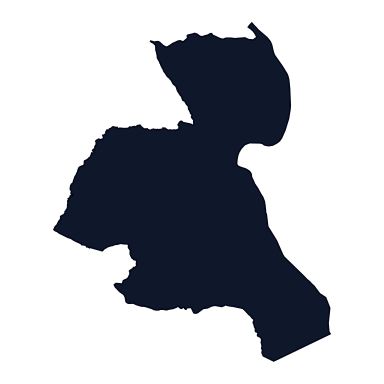 the district of Bujoreni, Vâlcea, Romania
{"feature_id": "2599482B76085305979225", "entity_name": "Bujoreni", "entity_type": "district", "adm_level": 2, "iso_a3": "ROU", "parent_name": "Romania", "parent_adm1": "Vâlcea", "projection": "equal_earth", "projection_center": [24.339, 45.168], "detail": "fine", "context": "isolated", "style": "filled", "palette": "ink", "viewbox_px": 384, "rotation_deg": 0, "n_neighbors": 0, "source": "geoboundaries", "source_scale": "gbopen_adm2", "svg_char_len": 5933}
<svg xmlns="http://www.w3.org/2000/svg" viewBox="0 0 384 384"><path d="M330.1,333.8L328.8,331.6L328.1,323.0L329.7,308.1L325.6,297.6L319.6,293.7L314.4,286.7L313.5,285.6L312.3,284.7L309.1,281.3L307.0,279.7L303.7,276.2L284.0,257.0L282.5,254.5L276.5,240.8L269.5,229.4L268.0,227.1L267.7,226.3L266.3,214.2L265.7,213.1L264.9,205.0L264.3,201.4L262.7,197.2L260.6,193.9L257.3,187.9L254.5,183.8L253.0,180.2L251.5,177.2L251.3,175.1L251.0,173.7L250.2,172.3L248.9,171.0L247.3,169.9L245.4,168.9L241.1,167.5L238.3,166.4L237.1,165.1L236.6,163.3L237.0,159.0L237.6,156.1L237.9,154.8L238.9,152.2L241.1,148.5L244.2,145.1L245.7,144.2L249.6,142.7L260.0,142.9L262.2,143.3L264.3,144.8L265.6,145.2L268.7,145.7L272.6,145.1L276.2,143.3L279.4,141.0L281.6,137.8L284.9,130.3L288.5,118.7L290.0,109.4L290.3,105.8L289.6,88.9L288.7,79.7L287.8,76.1L286.9,73.9L282.1,66.1L275.4,56.6L274.1,54.6L273.0,51.1L271.6,44.9L270.2,41.6L267.1,37.7L257.7,29.6L256.3,27.8L254.6,26.2L251.8,23.0L249.6,25.3L248.3,27.1L250.8,28.8L253.5,31.3L255.1,33.6L257.0,37.2L253.3,39.9L252.8,40.0L248.2,39.5L245.0,37.9L234.8,38.7L230.9,38.2L226.6,38.2L225.6,38.3L223.5,39.2L222.0,39.2L219.2,38.3L214.2,35.9L213.1,35.6L212.7,35.3L211.9,34.0L211.4,33.6L210.6,33.6L207.6,35.2L204.8,35.9L202.7,36.7L200.0,36.4L197.1,34.2L194.6,33.4L192.9,34.0L188.0,35.1L187.5,35.5L187.3,35.9L187.6,37.5L187.3,38.5L183.1,42.0L180.3,40.8L178.3,41.0L172.4,43.7L171.0,44.8L167.0,47.2L165.3,46.8L163.0,45.5L159.7,42.4L158.7,41.9L157.5,41.6L154.4,42.1L150.1,40.9L151.3,42.0L153.5,43.1L155.5,45.2L155.8,45.7L156.0,50.6L156.6,51.7L156.7,52.8L157.2,54.7L157.5,58.1L158.6,59.5L158.4,59.7L159.6,61.5L160.1,63.2L160.4,63.3L161.2,65.7L162.3,67.5L162.2,67.9L163.0,68.7L163.2,69.5L164.0,71.4L165.3,73.1L166.7,75.4L168.4,77.4L169.5,77.9L170.4,79.4L171.2,80.0L173.2,83.8L176.1,86.4L177.6,90.9L180.3,95.1L181.6,96.5L182.7,100.0L183.4,100.6L184.7,100.9L186.5,104.2L188.4,106.2L188.7,109.3L189.6,110.3L189.7,111.1L190.2,111.6L190.5,113.0L191.2,114.0L191.9,114.1L192.1,114.8L191.6,116.5L191.7,117.5L193.7,120.0L193.8,120.6L193.7,122.4L193.9,123.4L193.7,124.6L193.0,125.5L191.2,124.4L190.0,124.0L182.6,122.5L182.2,121.7L181.7,121.3L180.6,121.4L179.7,122.1L178.1,124.7L178.3,125.3L179.0,126.1L179.1,126.5L179.0,128.4L178.6,129.0L177.9,129.5L176.2,130.1L173.8,130.0L172.1,130.3L169.7,129.9L168.4,130.4L165.5,128.7L165.3,128.3L163.0,128.0L162.9,128.9L161.7,129.3L158.7,129.7L158.0,129.7L157.5,129.4L156.8,129.7L153.9,129.4L153.6,129.2L152.0,129.5L151.1,130.1L149.5,130.2L148.1,129.7L147.4,128.9L146.8,129.1L145.9,128.8L145.2,129.3L144.2,128.9L143.3,128.9L143.0,128.2L140.8,126.4L140.4,125.5L139.9,125.1L139.0,125.7L138.4,125.4L137.8,125.5L135.1,127.2L134.4,126.5L131.3,127.2L130.5,127.3L129.8,127.0L129.1,127.5L128.8,128.1L128.1,128.4L124.4,128.6L119.7,128.2L119.0,128.5L117.6,128.7L117.2,127.4L116.0,127.5L113.0,126.8L112.2,127.3L110.7,128.7L109.8,128.7L109.4,129.0L108.7,130.2L108.3,130.7L107.5,131.0L107.2,130.7L107.1,130.0L106.9,130.1L105.8,132.1L105.9,132.6L106.2,133.2L106.1,133.7L103.7,135.2L102.8,135.3L103.5,137.1L103.3,138.6L102.6,139.2L101.4,139.4L101.3,139.7L100.9,139.8L98.6,139.1L97.3,140.0L96.5,140.2L95.8,141.2L95.8,141.5L96.3,141.9L96.2,143.2L96.4,144.2L94.9,146.5L95.0,148.8L94.3,148.9L93.3,149.5L92.6,150.5L92.8,150.9L94.4,152.0L94.3,152.4L93.3,153.4L92.9,153.6L92.5,153.3L92.1,152.8L91.7,152.9L91.1,155.3L90.5,156.3L90.4,157.1L89.0,157.9L87.8,159.2L86.3,160.2L84.6,160.9L84.4,161.7L84.4,164.3L83.8,165.2L82.8,165.8L80.2,166.7L78.9,167.9L77.9,170.4L77.9,171.1L77.6,171.9L76.7,173.6L76.0,175.5L75.2,176.4L74.6,177.9L72.9,183.2L72.5,183.8L71.6,184.0L71.2,185.0L70.8,185.4L70.6,186.1L70.3,189.1L70.4,189.7L71.0,189.8L71.2,190.2L71.4,191.2L71.3,192.1L71.0,193.1L71.3,194.0L72.5,194.7L72.5,195.5L72.2,195.9L71.0,195.6L70.4,195.9L70.4,196.4L70.0,196.8L69.8,197.7L68.2,198.8L68.6,199.7L68.4,200.3L67.7,201.0L68.0,202.8L67.5,205.9L67.8,206.4L67.1,208.9L66.2,210.0L65.8,210.8L65.0,211.7L65.1,213.0L63.9,214.7L62.9,215.1L60.8,216.3L60.6,216.8L60.7,219.1L58.8,221.3L57.0,225.0L55.3,226.6L53.9,229.6L55.2,230.7L57.2,231.5L59.3,233.1L67.8,237.3L71.2,238.4L73.6,240.1L76.8,241.7L80.7,243.4L81.9,244.8L83.8,244.8L84.4,245.1L85.7,244.9L86.3,245.5L86.4,246.5L86.7,246.8L88.1,247.0L89.6,247.8L89.8,247.5L89.9,246.8L90.4,246.8L91.1,247.7L102.3,250.8L104.2,248.8L107.5,246.8L110.7,245.7L112.5,245.5L114.9,244.4L116.4,244.4L120.9,243.3L123.8,243.8L127.4,243.9L128.6,244.7L128.5,247.6L130.5,250.6L130.2,252.3L130.3,254.5L131.5,257.1L132.3,258.3L133.4,258.3L133.6,259.5L136.4,260.1L136.7,262.3L136.4,263.8L136.8,265.9L134.7,267.6L133.5,267.5L133.4,268.2L133.1,268.5L130.9,269.9L129.5,271.0L130.2,273.5L129.3,275.7L128.2,277.8L127.6,278.5L126.4,279.3L124.4,280.1L123.3,280.8L122.6,283.5L122.3,283.8L121.9,284.0L116.3,283.5L115.4,283.8L114.3,284.9L115.4,287.0L119.7,291.5L123.9,294.5L125.1,296.8L125.4,297.7L126.0,301.4L126.4,302.1L127.4,302.9L129.0,303.3L133.3,303.1L136.3,304.5L138.7,305.3L141.7,306.1L143.9,306.1L146.0,306.6L151.5,308.3L154.0,309.5L156.4,310.0L157.3,309.8L158.6,310.0L160.2,309.2L161.4,309.3L162.7,309.2L166.9,309.8L167.4,309.5L168.5,309.2L172.8,308.5L176.3,307.2L178.2,305.9L179.4,307.3L180.8,308.3L181.6,308.3L183.2,307.3L184.0,307.3L184.4,307.6L184.7,308.4L185.5,309.2L186.2,309.1L187.0,307.7L187.7,307.5L189.6,307.6L191.3,307.4L193.4,312.0L194.1,313.0L195.7,313.1L196.7,313.0L197.6,312.6L203.1,308.5L207.8,307.8L211.6,305.9L215.0,305.3L221.7,306.5L224.2,305.6L225.4,304.5L226.4,305.1L227.4,305.4L231.1,306.1L231.2,305.9L242.8,308.3L245.0,310.3L249.2,314.8L250.3,315.5L251.9,317.7L253.7,319.2L253.9,319.7L254.0,320.3L253.3,322.2L253.2,322.8L253.9,324.0L254.1,325.2L254.4,325.5L254.6,327.2L255.0,327.6L255.6,328.9L255.3,330.3L255.5,331.1L255.8,331.7L257.2,332.2L258.1,333.0L257.5,335.2L257.6,335.8L260.3,337.2L260.8,337.6L261.6,339.0L261.6,340.8L261.3,342.6L261.9,344.6L262.1,346.6L261.7,348.6L262.3,349.3L262.5,350.0L262.0,352.8L263.3,355.9L273.7,361.0L330.1,333.8Z" fill="#0f172a" stroke="#020617" stroke-width="1.5"/></svg>